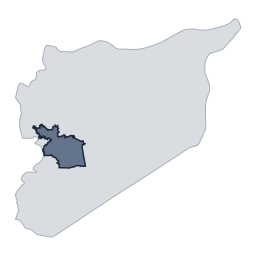 Homs, Homs (Hims), Syria (highlighted)
{"feature_id": "27442178B91557549439519", "entity_name": "Homs", "entity_type": "district", "adm_level": 2, "iso_a3": "SYR", "parent_name": "Syria", "parent_adm1": "Homs (Hims)", "projection": "orthographic", "projection_center": [36.55, 34.443], "detail": "fine", "context": "in_parent", "style": "filled", "palette": "slate", "viewbox_px": 256, "rotation_deg": 0, "n_neighbors": 0, "source": "geoboundaries", "source_scale": "gbopen_adm2", "svg_char_len": 6878}
<svg xmlns="http://www.w3.org/2000/svg" viewBox="0 0 256 256"><path d="M20.0,83.2L22.6,83.5L28.1,86.8L29.1,86.7L30.7,82.3L32.4,80.8L35.8,79.5L36.8,72.3L38.4,71.0L40.3,70.2L43.2,70.1L45.8,69.7L46.0,68.4L42.4,60.1L42.7,58.0L44.4,49.7L45.5,46.4L46.5,45.4L50.6,45.8L56.2,47.2L57.7,49.6L60.5,51.7L64.7,51.6L69.5,51.9L73.2,52.0L76.2,50.5L82.9,47.6L86.2,46.7L89.3,45.4L98.9,40.7L102.9,41.0L105.5,41.5L107.6,42.2L112.3,45.2L116.1,48.3L118.8,49.2L123.6,49.0L130.5,49.5L139.0,49.2L144.0,48.2L150.3,46.4L161.4,42.3L175.9,34.0L184.4,29.8L188.2,29.2L193.0,29.0L198.0,29.8L203.5,30.2L206.1,30.0L212.0,29.0L219.7,27.0L224.5,25.5L230.2,23.0L233.7,19.3L234.8,18.9L236.4,19.4L237.1,19.6L238.7,21.5L240.6,26.6L240.6,27.2L240.4,28.7L236.8,33.1L232.0,39.2L228.4,43.0L222.4,49.5L217.8,51.0L209.9,53.6L207.9,55.9L206.0,59.5L205.1,64.2L204.9,67.2L204.9,72.8L207.1,78.4L209.2,83.8L209.6,87.5L209.6,91.1L208.0,95.0L206.4,100.4L205.5,106.4L205.5,117.5L205.9,127.0L205.8,128.6L202.8,135.4L199.2,143.4L197.4,145.3L188.9,148.0L179.7,154.1L169.3,160.9L159.9,167.1L149.9,173.5L139.6,180.2L132.2,184.9L122.2,191.2L113.1,197.2L103.9,203.2L96.8,207.8L86.1,215.0L79.8,219.2L70.5,225.4L62.2,230.8L52.5,237.1L40.2,235.3L36.4,234.2L33.2,231.1L30.9,229.5L25.1,227.9L21.4,222.2L19.2,220.1L15.4,219.2L17.0,215.6L17.4,213.2L19.0,210.3L18.0,208.3L17.5,204.3L16.8,203.3L16.6,202.2L17.1,200.9L16.9,199.5L16.3,198.9L16.0,196.9L15.5,195.4L15.7,193.6L16.6,192.4L17.5,190.1L18.5,189.4L20.1,188.0L20.6,186.5L22.0,185.0L24.0,183.9L24.4,182.9L24.2,182.3L22.2,181.3L21.2,179.4L22.1,176.6L22.7,175.7L23.9,174.4L26.5,172.4L28.6,172.0L30.3,172.0L33.3,172.2L35.6,172.6L36.2,172.1L36.2,171.4L33.3,169.7L33.1,168.4L33.9,167.0L35.9,164.7L38.3,163.1L39.5,162.8L42.3,159.5L44.0,155.7L41.2,146.7L39.5,145.3L36.7,144.0L35.0,143.8L34.9,143.2L37.1,140.9L38.7,139.0L37.0,137.1L33.9,136.2L32.7,138.1L28.8,138.3L22.6,138.2L20.0,128.7L19.6,124.6L19.7,119.8L21.6,112.8L20.7,109.6L20.7,107.4L20.2,104.4L15.5,97.9L18.2,86.0L20.0,83.2Z" fill="#d9dde1" stroke="#a8b0b8" stroke-width="1"/><path d="M80.4,166.3L81.2,166.0L83.2,166.3L85.4,166.2L83.5,155.6L82.1,147.3L82.2,146.7L82.2,145.9L82.3,145.4L82.4,144.7L84.0,144.7L84.3,144.5L85.0,143.7L84.4,143.4L83.5,143.1L83.4,142.9L83.3,142.3L83.3,141.6L83.1,141.1L82.7,140.9L82.0,141.0L81.3,141.5L76.0,138.8L74.1,138.0L72.7,137.6L72.6,137.4L72.7,137.0L72.9,136.8L73.3,136.9L73.5,136.8L74.1,137.2L74.3,137.2L74.6,136.8L73.7,135.5L73.3,135.7L72.5,135.8L72.0,135.7L71.7,135.5L71.4,135.5L71.0,135.9L70.9,135.9L70.8,135.6L70.4,135.7L70.2,135.8L68.8,136.4L68.3,136.7L67.6,136.9L66.8,136.6L66.5,136.9L66.4,137.2L66.5,137.4L66.3,137.6L65.5,137.6L65.4,137.7L65.2,137.7L64.8,137.4L64.5,137.2L64.9,136.6L65.2,136.0L65.2,135.8L64.8,135.3L64.6,135.3L64.4,135.2L64.1,134.9L63.9,135.4L63.7,135.5L63.1,135.7L62.6,135.5L62.2,135.6L62.0,135.9L62.0,136.4L61.8,136.6L61.6,136.5L61.4,136.3L60.7,136.5L60.2,136.4L59.6,136.7L58.8,136.8L58.4,137.0L57.8,136.8L57.7,136.6L57.7,136.4L57.8,136.1L57.8,135.8L57.7,135.4L57.8,134.9L57.8,134.0L57.3,133.2L57.5,133.0L59.0,132.2L58.8,131.8L58.4,131.1L58.0,130.6L58.0,130.3L58.0,130.0L57.8,129.7L57.7,129.3L57.9,128.9L58.0,128.2L58.4,128.1L58.1,127.7L57.5,127.4L57.7,126.2L57.6,125.6L57.3,125.8L57.3,126.1L57.2,126.3L56.5,126.5L56.0,126.7L55.7,126.1L55.5,125.5L55.4,125.5L55.2,125.3L55.1,126.0L55.0,126.3L54.2,126.4L53.0,126.7L52.9,126.8L53.2,127.4L53.2,127.5L52.9,127.9L52.4,129.2L52.2,129.6L49.4,129.8L49.0,129.6L47.9,130.3L47.6,130.1L47.7,129.7L47.6,129.4L47.4,129.1L46.1,128.8L46.0,128.4L45.5,127.9L45.6,127.6L45.3,127.6L45.1,127.5L45.2,127.4L44.9,127.1L44.6,126.9L44.4,126.7L44.2,126.3L44.2,125.6L44.1,125.8L43.6,125.9L43.6,126.0L43.6,126.7L43.4,126.8L43.0,127.0L43.1,126.9L43.0,126.7L42.9,126.7L42.9,126.2L42.6,126.1L42.5,125.7L41.7,125.7L41.7,125.3L42.3,125.0L42.2,124.6L41.9,124.4L41.3,124.5L41.0,124.7L40.6,124.9L40.5,125.0L40.6,125.3L40.6,125.7L40.0,125.9L39.7,125.8L39.7,126.3L39.8,126.7L39.9,126.8L39.9,127.5L39.8,127.4L39.4,127.7L39.1,127.8L38.9,127.9L38.5,128.0L38.5,127.9L38.4,127.9L38.2,128.0L37.8,128.3L37.5,128.5L37.3,128.5L36.9,128.6L36.9,128.1L36.3,127.8L36.2,128.0L36.1,128.3L35.9,128.5L35.5,128.5L35.5,128.3L35.4,128.3L35.3,128.1L35.4,127.8L35.2,127.3L35.1,127.1L34.9,127.3L34.8,127.1L34.9,126.9L34.7,127.0L34.6,126.9L34.4,126.7L34.3,126.4L34.0,126.4L34.1,126.0L33.9,125.9L33.5,126.1L33.5,126.3L33.4,126.8L32.9,127.3L32.9,127.8L33.0,128.0L33.6,128.3L33.9,128.2L34.2,128.1L34.2,127.9L34.4,127.6L34.9,127.5L35.1,127.7L35.0,127.8L34.6,128.2L34.9,128.4L35.0,128.8L35.0,129.0L35.3,129.0L35.5,129.3L36.2,129.0L36.6,129.0L36.2,129.4L36.0,129.6L35.9,130.2L36.1,130.3L36.5,130.4L36.6,130.8L36.4,131.2L36.8,131.6L36.3,132.1L36.3,132.4L36.4,132.5L36.8,132.4L37.1,133.3L37.3,133.8L37.5,133.8L37.7,133.6L37.8,133.5L37.9,133.1L38.6,133.1L38.7,133.6L38.7,133.8L38.9,134.0L39.1,133.8L39.3,134.0L39.2,134.9L39.8,135.1L39.9,135.3L39.9,135.5L39.4,135.7L39.2,136.0L38.8,136.3L38.8,136.6L39.1,137.2L39.1,138.3L39.4,138.1L39.5,137.7L40.1,137.7L40.4,138.1L40.5,138.2L40.6,137.9L40.8,137.8L40.8,137.7L40.9,137.8L41.1,137.8L41.2,138.3L41.3,138.3L41.4,138.2L41.5,137.9L41.3,137.8L41.3,137.7L41.5,137.6L41.3,137.4L41.5,137.3L41.8,137.4L41.6,136.9L41.4,136.9L41.5,136.7L41.3,136.6L41.5,136.6L41.3,136.4L41.6,136.4L41.6,136.6L41.8,136.7L42.0,136.6L41.8,136.9L41.9,137.1L42.0,137.1L42.1,136.9L42.3,136.8L42.3,136.7L42.3,137.0L42.4,137.4L42.3,137.5L42.6,137.6L42.9,137.3L43.2,137.3L43.3,137.2L43.5,137.1L44.1,136.9L44.4,136.9L44.5,136.7L44.8,136.8L44.9,136.6L45.0,136.6L45.1,136.8L45.2,137.1L45.3,137.3L45.2,137.5L44.7,137.7L44.4,138.0L44.4,138.4L44.7,138.6L44.8,138.5L44.8,138.3L45.1,138.3L45.4,138.4L45.5,138.6L45.9,138.8L46.1,138.7L46.2,138.4L46.7,138.6L47.0,139.3L47.3,139.5L47.6,139.6L47.6,139.4L48.0,138.4L48.1,138.1L48.5,138.2L49.3,138.3L49.4,138.5L49.8,138.6L50.0,139.1L50.7,139.2L50.7,139.4L50.8,139.6L51.0,139.6L51.0,139.8L51.1,140.8L49.7,140.8L49.8,141.5L49.1,142.1L49.0,142.4L48.2,142.4L47.7,142.7L47.7,143.3L47.6,143.7L47.4,143.8L47.1,144.6L46.9,144.6L46.8,144.4L46.6,144.4L46.7,144.6L46.5,144.8L46.3,145.0L46.1,144.9L45.8,144.9L45.8,145.0L46.0,145.3L45.9,145.5L45.4,145.2L44.8,145.5L44.6,146.0L44.1,146.1L44.1,146.7L44.0,146.8L43.9,148.1L43.5,148.6L43.5,148.8L43.2,148.8L43.1,149.7L43.0,149.9L42.7,150.3L42.8,150.6L43.2,151.0L43.2,151.5L43.3,151.7L43.6,151.7L43.8,151.8L44.3,151.8L44.5,152.0L44.6,152.3L44.6,152.5L44.4,152.8L43.7,153.4L44.1,154.4L44.1,155.2L44.2,155.5L44.6,155.7L46.8,155.2L47.9,155.6L49.0,155.4L49.9,155.4L50.2,155.1L51.0,154.9L51.4,154.9L51.4,155.5L52.3,155.7L52.5,155.8L52.5,156.4L53.3,156.9L53.6,157.1L53.9,157.3L54.2,157.2L54.5,157.3L55.2,157.2L56.0,158.1L56.7,159.5L57.5,160.3L58.9,161.3L58.2,162.2L57.0,163.0L57.7,163.5L58.2,163.7L58.6,164.3L59.4,164.3L59.1,166.9L59.1,167.7L65.5,167.8L69.3,168.0L72.8,166.9L73.8,167.1L74.8,166.4L75.9,165.9L78.3,165.6L79.3,165.6L79.8,165.7L80.1,165.8L80.4,166.2L80.4,166.3Z" fill="#64748b" stroke="#1e293b" stroke-width="1.5"/></svg>